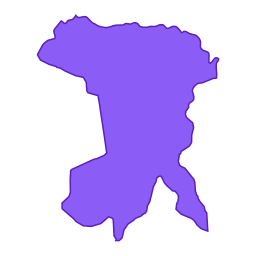 San José del Golfo, Guatemala
{"feature_id": "79465075B18750582081906", "entity_name": "San José del Golfo", "entity_type": "district", "adm_level": 2, "iso_a3": "GTM", "parent_name": "Guatemala", "parent_adm1": "", "projection": "albers", "projection_center": [-90.366, 14.787], "detail": "fine", "context": "isolated", "style": "filled", "palette": "violet", "viewbox_px": 256, "rotation_deg": 0, "n_neighbors": 0, "source": "geoboundaries", "source_scale": "gbopen_adm2", "svg_char_len": 3400}
<svg xmlns="http://www.w3.org/2000/svg" viewBox="0 0 256 256"><path d="M37.5,54.5L38.0,55.7L40.4,60.0L48.9,64.3L56.1,66.5L57.2,67.5L60.1,68.0L65.1,71.0L75.7,75.7L83.4,77.4L86.2,82.3L86.9,91.0L88.1,92.8L98.0,95.6L99.1,101.7L104.7,138.8L106.7,153.0L104.1,155.4L97.3,158.5L93.6,159.4L71.6,169.5L70.7,170.7L70.2,179.5L70.4,192.4L69.0,196.4L62.0,203.1L62.2,208.8L73.6,218.7L76.2,221.6L83.0,225.7L91.2,226.4L101.0,223.5L108.5,216.9L111.8,217.9L113.2,219.4L114.1,235.8L116.4,239.7L115.8,240.6L119.1,240.6L121.5,238.6L122.2,237.5L124.1,229.4L126.4,226.6L127.6,224.4L132.2,221.2L133.7,220.2L135.5,218.3L140.5,216.4L144.1,213.5L145.1,213.4L146.7,210.9L147.4,205.9L149.8,201.6L153.4,186.7L155.9,182.0L156.7,178.1L159.1,176.2L161.2,176.2L164.7,183.2L167.2,186.1L170.8,189.1L172.1,190.7L175.1,191.3L176.9,193.2L178.3,195.3L178.4,196.8L178.0,201.5L177.0,202.8L176.6,204.3L176.0,209.3L181.2,214.2L191.2,218.3L194.4,220.8L197.0,224.9L201.1,228.6L203.4,229.5L206.5,230.7L207.8,231.1L206.7,212.8L205.1,210.8L204.0,206.4L199.8,201.3L197.9,197.9L197.9,196.3L196.9,195.5L195.4,191.1L194.8,182.3L193.5,178.6L192.7,178.0L187.1,170.9L185.2,168.5L183.8,167.6L181.2,166.5L179.5,165.0L178.3,161.4L179.5,154.2L180.6,153.8L181.1,151.5L189.5,145.9L191.6,142.4L191.7,135.2L193.6,127.7L192.7,122.8L187.7,118.6L186.1,116.7L185.4,114.2L185.9,111.2L188.6,107.5L188.6,106.3L188.5,105.3L189.1,103.6L189.9,102.8L192.7,100.9L193.7,99.4L193.8,98.3L193.8,96.3L193.4,94.9L193.1,93.7L192.4,91.5L192.4,90.1L192.7,89.1L193.1,88.2L194.2,86.6L195.0,85.7L196.5,84.4L197.9,83.5L199.1,83.2L200.1,83.1L201.0,83.0L202.2,82.8L203.7,82.3L204.8,81.8L211.2,79.2L213.6,78.3L215.0,78.3L216.5,78.0L216.7,74.8L216.7,73.7L216.6,72.4L216.5,71.2L216.4,70.2L216.3,68.6L216.2,66.6L216.4,63.9L216.9,62.1L217.9,61.1L218.5,59.9L218.5,58.7L217.2,57.9L215.8,57.8L214.6,58.4L211.5,62.3L210.2,63.2L209.0,62.5L208.9,61.1L209.0,54.4L208.6,53.0L208.0,52.3L206.7,51.6L205.5,51.1L204.3,50.8L203.0,50.3L201.9,49.4L201.0,48.3L200.5,47.4L200.4,45.9L200.5,43.9L200.5,41.8L200.2,40.5L199.7,39.5L199.3,38.7L198.6,37.8L197.3,36.4L196.6,35.8L195.1,35.0L193.8,34.7L192.4,34.4L191.3,34.1L190.1,33.7L188.9,33.2L186.8,32.0L185.7,31.5L184.1,31.3L182.9,32.1L181.6,32.6L180.8,31.7L179.9,30.4L179.1,29.4L177.9,28.1L177.2,27.4L176.0,26.6L174.7,26.4L173.4,26.4L172.4,26.5L170.7,27.2L168.8,28.2L167.5,28.4L166.5,28.2L165.5,27.2L164.9,26.5L163.8,25.3L162.5,24.7L161.0,24.7L159.5,24.9L158.1,25.4L157.2,25.8L156.3,26.2L154.5,26.5L150.6,26.4L149.2,26.6L147.5,27.2L146.2,27.3L144.8,27.2L143.6,27.2L142.6,27.1L140.6,26.7L139.5,26.1L138.7,24.9L137.5,23.5L136.5,23.0L135.0,22.7L133.7,22.8L132.4,23.4L131.0,24.0L129.7,24.0L128.8,23.9L127.4,23.6L125.8,23.6L124.9,23.9L124.0,24.5L123.0,25.0L122.0,25.1L120.8,25.0L118.9,25.1L117.2,25.1L116.0,25.2L115.0,25.4L113.3,25.7L111.7,26.3L109.9,26.9L107.9,27.4L106.7,27.5L105.0,27.5L104.0,27.4L102.6,27.2L101.1,26.8L100.0,26.5L98.5,26.1L97.2,25.4L95.8,24.5L94.6,23.8L93.6,23.4L92.3,22.8L86.9,17.3L86.1,16.8L85.1,16.6L83.9,16.7L82.4,16.9L79.7,17.5L78.1,17.4L76.8,16.6L75.8,15.4L75.2,16.4L74.5,17.3L73.1,18.9L71.8,19.7L70.5,19.9L69.3,20.1L68.4,20.4L67.5,21.1L66.3,22.6L65.4,23.5L64.0,23.2L62.2,21.5L61.1,21.0L54.5,29.3L54.0,30.3L53.9,31.3L54.0,32.6L54.5,34.2L54.8,35.2L55.1,36.5L55.1,37.6L54.3,38.8L52.7,39.1L51.3,39.4L50.1,39.7L49.0,40.0L47.7,40.5L47.0,41.0L44.9,42.6L44.1,43.4L43.0,44.6L42.4,45.5L37.5,54.5Z" fill="#8b5cf6" stroke="#5b21b6" stroke-width="1.5"/></svg>